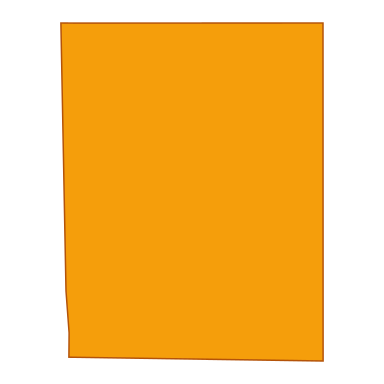 Upton, Texas, United States of America (Natural Earth projection)
{"feature_id": "52423323B39686210449423", "entity_name": "Upton", "entity_type": "district", "adm_level": 2, "iso_a3": "USA", "parent_name": "United States of America", "parent_adm1": "Texas", "projection": "natural_earth1", "projection_center": [-102.169, 31.366], "detail": "fine", "context": "isolated", "style": "filled", "palette": "amber", "viewbox_px": 384, "rotation_deg": 0, "n_neighbors": 0, "source": "geoboundaries", "source_scale": "gbopen_adm2", "svg_char_len": 218}
<svg xmlns="http://www.w3.org/2000/svg" viewBox="0 0 384 384"><path d="M75.7,23.1L60.9,23.0L66.0,291.0L69.1,332.9L68.9,357.2L323.1,361.0L323.0,23.0L75.7,23.1Z" fill="#f59e0b" stroke="#b45309" stroke-width="1.5"/></svg>